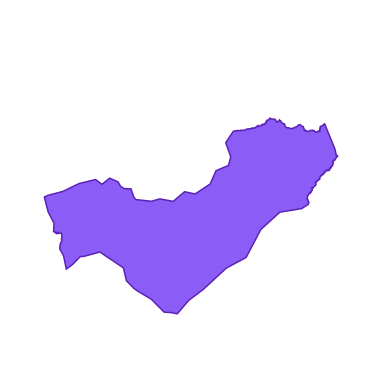 Yero'o, Selenge, Mongolia (Equal Earth projection), rotated 322°
{"feature_id": "93677404B71405298722065", "entity_name": "Yero'o", "entity_type": "district", "adm_level": 2, "iso_a3": "MNG", "parent_name": "Mongolia", "parent_adm1": "Selenge", "projection": "equal_earth", "projection_center": [108.137, 49.496], "detail": "fine", "context": "isolated", "style": "filled", "palette": "violet", "viewbox_px": 384, "rotation_deg": 322, "n_neighbors": 0, "source": "geoboundaries", "source_scale": "gbopen_adm2", "svg_char_len": 5744}
<svg xmlns="http://www.w3.org/2000/svg" viewBox="0 0 384 384"><g transform="rotate(322 192 192)"><path d="M66.4,119.1L64.0,131.8L58.5,138.0L59.3,139.5L59.6,139.4L59.8,139.5L59.8,139.9L59.5,140.2L59.3,140.8L59.4,141.3L59.8,141.5L60.3,141.1L61.3,141.0L61.0,141.5L60.9,141.9L61.6,142.0L61.6,142.7L61.9,143.0L63.0,143.3L63.4,143.7L63.6,144.0L63.4,144.3L63.4,144.8L63.2,145.2L63.2,145.4L62.3,146.3L62.1,146.9L61.7,147.6L61.2,148.0L60.3,148.5L59.8,149.7L58.2,150.8L55.9,152.0L54.8,153.1L54.4,153.8L53.6,154.4L52.9,155.2L52.6,155.8L51.7,162.8L45.5,175.4L53.2,175.6L63.9,174.1L67.6,176.4L82.4,182.5L91.2,209.5L89.3,213.7L85.7,221.5L86.9,232.5L88.7,238.1L93.9,251.4L96.1,269.6L101.4,274.3L105.4,278.9L122.7,275.4L140.7,275.7L172.2,273.1L194.3,276.9L223.2,263.9L248.8,262.0L268.2,272.6L275.8,273.3L277.6,272.4L277.9,271.3L277.6,271.0L277.6,270.7L277.9,270.4L278.0,270.1L278.4,270.0L278.5,269.9L278.6,269.0L278.3,268.6L278.9,267.6L279.7,267.3L280.2,266.8L280.4,266.6L280.5,266.0L280.7,265.8L281.3,265.8L282.0,266.1L283.0,265.5L283.5,265.4L283.8,265.5L284.2,265.8L284.4,265.8L284.8,265.6L284.8,265.0L285.3,265.4L286.0,265.4L286.1,265.0L286.2,264.9L286.7,264.9L286.9,264.6L287.0,264.5L287.8,264.7L288.1,264.0L288.5,263.7L288.7,263.4L289.1,263.4L289.0,262.9L289.7,263.5L290.0,263.4L290.2,262.9L290.7,263.1L291.3,262.9L291.8,263.0L292.4,262.8L293.5,262.8L294.1,262.6L294.7,262.1L294.6,261.4L295.5,260.9L295.3,260.5L295.5,260.3L295.9,260.3L296.4,260.0L296.1,260.5L296.7,260.5L297.4,260.7L297.5,260.7L298.1,260.2L298.4,260.3L298.9,260.3L299.2,260.5L299.4,260.5L299.5,260.5L299.6,260.0L299.7,259.9L300.5,260.5L300.6,260.4L300.6,260.1L301.2,260.0L301.3,259.5L302.1,259.0L302.2,258.8L302.9,259.0L303.4,258.9L303.5,258.6L303.5,258.4L304.3,258.8L304.5,258.6L304.5,258.4L305.2,258.3L305.3,258.4L305.8,259.0L306.2,259.0L307.1,258.3L307.5,258.5L308.2,258.6L308.4,258.4L308.2,258.1L308.4,257.9L308.8,258.2L309.0,258.2L309.1,257.8L309.3,257.8L309.6,258.1L309.9,258.2L310.0,258.1L310.1,257.6L310.8,257.8L311.3,257.8L311.1,258.0L311.5,258.2L311.9,258.0L312.1,258.2L312.1,258.7L312.2,258.8L312.9,259.2L313.7,259.4L313.9,259.2L314.0,258.7L314.4,258.5L314.7,258.9L315.1,258.8L315.5,258.3L316.0,258.5L316.2,258.0L316.4,258.0L316.4,258.3L316.7,258.4L316.8,258.2L316.8,257.8L317.0,257.6L317.4,257.8L318.1,257.4L318.7,257.9L318.9,257.9L319.0,257.5L318.7,257.2L319.3,257.0L319.6,257.2L319.9,257.2L320.7,256.4L320.8,256.2L320.7,255.7L321.0,255.5L321.8,255.6L322.0,255.5L322.1,255.2L321.9,254.9L321.9,254.7L322.4,254.2L323.5,254.2L323.7,254.6L324.0,254.8L324.4,254.8L325.0,254.3L325.6,254.3L325.9,253.8L327.0,253.8L327.6,253.7L328.3,253.4L328.8,253.4L328.9,252.8L328.2,252.5L328.1,252.3L331.0,246.4L338.5,220.1L338.2,220.1L338.0,219.9L337.5,219.9L337.2,219.7L336.9,219.8L336.2,220.0L336.0,220.3L335.6,220.1L335.2,220.2L334.4,219.8L334.4,219.6L333.5,219.7L333.3,219.6L333.1,219.8L332.9,219.7L332.8,219.9L332.6,220.1L332.6,220.6L331.8,220.7L331.8,221.0L331.5,221.2L331.5,221.4L331.2,221.7L330.5,221.8L330.4,221.9L330.3,222.6L329.9,222.8L329.6,222.9L329.4,222.8L329.4,222.4L329.1,221.9L327.8,221.5L327.5,221.7L327.1,221.6L326.7,221.1L326.3,221.0L326.3,220.6L326.0,219.8L326.1,219.5L326.2,219.1L325.9,218.9L325.8,218.5L325.5,218.2L324.8,218.0L324.8,217.7L324.4,217.3L324.5,217.2L323.6,216.9L323.2,216.4L322.5,216.0L320.9,216.0L319.9,215.2L320.0,214.8L320.0,214.6L319.8,214.5L319.7,214.0L319.2,213.7L319.0,213.4L319.0,213.2L318.8,213.1L318.9,212.9L318.6,212.8L319.1,212.4L318.9,212.2L319.1,212.1L319.0,211.6L319.2,211.4L319.2,210.8L319.4,210.4L319.5,209.7L319.8,209.5L320.0,208.9L319.5,208.6L319.0,208.1L318.8,208.0L318.9,207.5L319.0,206.8L318.9,206.4L318.9,206.1L318.7,205.9L318.8,205.6L318.1,205.1L317.2,204.8L314.2,205.0L313.0,204.2L311.7,204.4L311.2,204.2L310.3,203.5L309.6,203.4L308.8,202.9L308.3,201.9L307.7,201.1L307.4,200.4L306.4,199.9L305.7,198.4L305.6,197.7L306.3,196.7L306.2,196.0L306.7,195.7L306.8,195.4L306.7,195.0L306.1,194.6L305.6,193.2L305.7,192.9L305.4,192.5L305.6,192.1L305.5,191.8L305.6,190.4L305.1,189.4L305.2,189.2L304.7,189.3L304.4,189.4L304.1,189.6L303.4,189.5L303.0,189.1L302.3,189.3L302.0,189.2L301.8,188.8L302.1,187.0L302.0,186.8L302.2,186.6L302.1,186.1L302.2,185.8L301.6,185.1L300.6,184.4L300.4,184.1L299.7,184.0L299.4,183.0L299.0,182.8L298.9,182.6L299.2,182.4L299.0,181.8L298.5,181.8L298.0,181.9L297.9,182.0L296.7,182.3L296.4,182.2L296.1,182.4L295.4,182.1L295.4,181.7L295.2,181.5L294.7,181.7L294.5,182.2L294.1,182.1L293.4,182.3L293.1,182.9L292.9,182.7L291.8,182.8L291.5,183.1L291.4,183.3L290.9,183.6L290.5,183.2L290.1,182.6L289.9,182.8L289.4,182.6L289.4,182.4L288.9,182.2L288.8,181.9L288.2,182.0L287.9,182.4L287.5,182.0L287.3,182.1L286.0,181.9L285.6,181.5L285.5,181.1L285.4,180.8L285.3,180.5L285.2,180.4L284.8,180.3L284.6,180.5L284.3,180.4L284.3,180.7L284.1,180.8L284.0,180.6L283.9,180.8L283.5,180.7L283.2,180.7L282.7,180.3L281.4,180.4L281.0,180.2L281.1,179.9L280.9,179.7L280.5,179.9L280.0,180.0L279.6,179.7L279.1,179.0L279.0,178.5L278.7,178.4L278.3,178.6L277.9,178.6L275.8,177.5L275.6,177.3L275.5,177.0L275.1,176.8L274.7,176.5L274.2,176.4L273.9,176.2L272.4,175.7L271.8,175.8L271.0,175.6L270.9,175.4L271.0,175.3L270.6,175.0L270.2,174.9L269.8,174.3L269.5,174.3L269.5,174.1L268.8,173.8L268.3,173.7L268.3,173.4L268.1,173.4L267.3,173.0L266.7,172.3L265.7,171.9L265.6,171.7L265.5,171.4L265.2,171.1L264.7,170.9L264.6,171.1L264.4,170.9L263.6,170.6L263.3,170.4L263.0,170.1L262.5,170.0L262.0,169.4L261.9,169.3L262.0,169.6L248.9,173.9L244.2,188.2L237.0,193.5L224.1,190.0L211.1,196.9L193.2,195.4L186.3,187.2L171.4,187.8L162.4,177.6L154.3,174.3L143.1,163.4L143.1,159.9L145.9,152.0L140.6,147.5L139.2,143.4L140.0,138.5L135.6,130.4L125.8,130.5L123.7,122.8L108.2,115.8L90.8,112.1L76.0,105.8L72.5,105.1L66.4,119.1Z" fill="#8b5cf6" stroke="#5b21b6" stroke-width="1.5"/></g></svg>